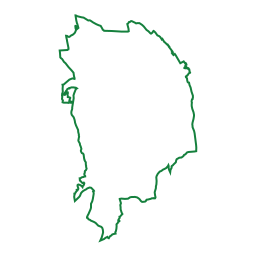 Oniceni, Neamt, Romania (Albers equal-area conic projection)
{"feature_id": "2599482B19733002831114", "entity_name": "Oniceni", "entity_type": "district", "adm_level": 2, "iso_a3": "ROU", "parent_name": "Romania", "parent_adm1": "Neamt", "projection": "albers", "projection_center": [27.161, 46.781], "detail": "fine", "context": "isolated", "style": "outline", "palette": "green", "viewbox_px": 256, "rotation_deg": 0, "n_neighbors": 0, "source": "geoboundaries", "source_scale": "gbopen_adm2", "svg_char_len": 5625}
<svg xmlns="http://www.w3.org/2000/svg" viewBox="0 0 256 256"><path d="M187.1,152.4L188.5,152.0L194.5,151.5L196.2,151.2L196.3,147.6L196.1,145.0L194.6,133.3L194.1,131.0L192.6,127.3L192.5,125.7L192.3,124.3L192.6,122.4L193.5,119.0L194.0,115.9L194.0,114.8L193.5,112.2L192.3,108.9L191.7,106.0L191.7,104.0L191.9,102.6L191.7,102.2L191.6,101.1L192.0,99.4L192.6,99.1L192.7,98.1L192.9,97.8L192.9,95.7L191.5,91.6L190.6,87.5L189.5,85.0L189.1,82.9L189.0,82.6L188.0,82.4L187.6,81.9L187.2,80.3L187.0,78.3L186.0,77.3L185.8,76.7L185.9,76.4L186.8,76.1L187.0,75.5L187.5,75.2L188.1,74.6L188.6,73.5L189.5,72.9L189.9,72.9L190.1,72.7L190.1,72.4L189.7,71.9L189.5,71.4L189.5,70.6L189.4,70.2L189.3,69.6L188.9,69.5L188.7,69.0L188.7,68.5L188.5,68.3L187.9,68.0L187.3,68.5L186.6,67.7L186.3,67.7L186.0,67.7L185.6,68.3L184.4,68.1L184.4,67.6L184.6,67.4L184.8,67.6L185.6,66.7L185.2,66.7L185.7,65.7L185.5,65.4L185.8,65.2L185.9,64.8L186.4,64.3L185.8,63.2L185.6,63.0L185.0,63.2L183.7,61.4L180.3,63.2L175.6,55.1L174.8,54.0L173.5,55.0L172.7,53.7L172.5,53.9L172.0,53.2L172.8,52.7L172.0,51.7L172.4,51.4L168.9,46.8L169.2,46.6L167.7,44.6L167.4,44.8L164.6,42.1L164.3,42.0L162.4,38.9L161.8,39.5L160.9,38.0L160.0,36.8L158.9,36.0L157.4,35.4L155.3,32.4L153.6,30.9L153.4,31.0L152.2,32.8L151.8,33.1L151.1,33.6L150.6,33.5L148.5,31.3L146.5,29.9L143.8,26.5L142.1,24.9L139.4,23.1L137.3,23.1L136.1,23.4L135.0,22.7L131.7,21.1L130.8,21.2L130.0,21.9L128.9,22.1L128.2,23.4L127.3,24.0L128.5,28.7L128.8,32.0L128.6,31.7L128.1,31.6L121.6,31.6L111.7,31.0L104.1,30.8L103.6,30.2L102.7,29.7L102.5,29.0L100.7,25.9L98.6,25.2L96.3,24.2L92.7,22.2L91.5,21.3L90.0,20.4L89.3,20.3L88.4,20.5L88.1,20.4L83.6,17.6L81.6,17.3L77.2,16.2L75.8,15.4L75.5,15.4L76.3,20.5L77.0,23.4L77.3,23.9L77.4,24.3L78.4,27.9L77.1,29.0L76.1,27.8L76.1,26.8L75.8,26.0L75.6,25.9L75.4,25.9L75.3,26.1L75.6,28.5L76.1,29.9L75.0,32.5L74.4,33.3L72.8,34.7L72.1,35.1L71.5,35.2L69.5,36.8L69.0,36.9L68.1,36.7L67.0,35.9L66.1,35.8L66.4,37.7L67.0,40.2L67.0,40.7L68.5,48.1L68.5,48.7L68.4,49.4L67.7,49.6L67.3,50.0L59.7,50.5L60.0,53.0L60.3,57.4L60.8,58.0L62.1,59.0L63.0,60.3L63.9,61.8L65.5,63.2L68.6,67.2L71.4,70.2L73.5,72.7L74.0,76.2L74.6,78.3L74.5,78.9L72.4,78.4L69.4,79.6L63.7,84.5L62.5,84.7L62.8,86.0L62.6,88.8L62.8,91.7L62.4,93.2L62.2,93.5L62.1,94.4L62.0,95.8L62.3,96.6L62.0,99.0L62.9,100.4L62.7,100.8L62.7,101.7L62.6,102.3L63.9,102.7L67.5,102.7L68.2,102.9L68.5,102.6L72.2,102.8L72.4,101.9L71.2,101.8L70.7,101.4L69.3,101.3L69.3,100.8L69.6,100.3L69.5,100.0L70.2,98.2L70.2,97.7L69.6,97.4L67.8,97.1L67.8,96.2L67.5,94.4L67.9,93.1L67.8,92.3L67.5,92.2L66.1,92.7L65.7,93.8L64.9,94.9L64.1,94.9L64.0,94.4L65.0,92.5L65.4,92.3L66.0,91.0L67.0,89.9L67.4,89.0L68.3,88.6L69.3,88.5L69.3,88.0L70.4,87.8L71.3,87.4L74.0,87.4L74.4,87.7L75.8,87.7L76.9,88.4L76.1,88.9L75.6,89.7L74.2,93.2L73.5,95.4L73.7,98.2L72.2,107.5L72.2,108.8L71.9,110.0L71.6,110.6L71.5,111.3L71.3,112.0L71.4,113.7L71.8,114.9L73.7,117.3L74.5,119.6L74.9,121.4L75.0,122.5L76.0,125.4L78.1,130.0L78.2,131.9L78.9,134.7L78.8,135.4L79.1,136.8L78.7,138.3L78.7,139.0L78.4,139.9L78.4,140.7L78.7,141.5L79.8,143.4L80.0,144.9L80.7,146.5L81.4,148.9L81.2,149.6L80.9,150.3L80.9,151.0L81.1,151.7L81.9,153.1L83.1,153.6L83.6,154.5L84.2,159.0L84.5,159.4L84.5,160.1L85.0,161.1L85.8,162.3L85.8,163.8L85.9,165.1L86.1,165.6L86.1,166.8L86.6,168.7L85.9,170.2L85.0,170.9L84.8,171.5L84.8,172.9L84.4,173.5L84.3,174.3L84.5,175.0L85.2,176.0L85.2,176.4L84.7,176.4L83.5,177.0L82.1,177.2L81.2,177.7L80.4,178.3L79.7,178.3L79.9,180.6L80.2,180.7L81.3,181.8L81.6,182.3L82.5,183.0L82.9,183.1L83.8,182.6L84.3,183.2L84.0,184.5L83.4,185.6L82.8,186.0L82.5,187.1L81.4,185.7L80.6,185.5L80.4,185.2L79.8,184.9L78.3,184.5L77.6,185.0L77.5,185.9L78.3,188.3L78.3,188.9L78.1,189.2L78.0,189.6L76.8,189.8L77.1,190.7L76.3,191.3L76.0,192.0L75.5,192.4L75.3,193.1L74.5,193.9L75.1,194.9L74.4,194.4L74.4,195.6L74.2,196.3L74.2,197.1L74.9,201.0L79.1,197.0L80.0,195.8L81.0,193.2L81.8,192.2L83.0,191.1L84.4,190.2L86.2,189.3L87.3,188.4L88.6,187.9L89.7,187.5L91.2,187.8L93.8,190.5L94.0,190.9L93.1,191.5L93.6,192.5L93.7,193.7L92.8,199.1L92.2,201.4L91.0,203.8L91.0,207.6L90.6,209.1L89.8,211.0L89.0,212.8L88.6,213.8L87.7,215.4L87.3,216.5L87.0,217.0L87.0,217.8L87.9,218.2L88.5,219.3L90.2,220.0L90.6,220.5L93.9,221.9L95.6,222.9L98.3,225.7L101.2,226.8L102.2,227.8L102.8,229.5L103.1,232.2L102.8,233.7L101.7,237.5L100.3,240.6L104.1,239.0L105.4,237.9L107.2,237.0L107.3,237.4L108.8,238.2L109.3,237.4L109.6,236.7L110.4,236.0L111.2,235.6L112.2,234.5L113.3,234.1L115.6,233.6L115.3,232.2L115.9,231.1L116.4,228.7L116.6,226.3L116.5,224.4L116.7,224.0L117.4,223.4L117.8,222.9L118.0,222.1L119.4,221.2L119.4,220.8L118.3,220.2L118.5,219.6L119.6,218.0L119.5,216.9L119.9,216.9L120.6,215.9L122.4,214.0L121.7,212.8L120.9,210.3L120.6,209.3L120.6,207.2L120.3,205.0L120.9,203.4L120.9,203.1L119.7,199.1L119.7,198.9L121.5,198.6L124.8,198.9L128.0,198.7L130.1,197.3L131.7,197.0L133.7,197.0L134.8,196.9L137.1,197.4L137.9,197.9L139.4,199.0L140.9,201.0L141.9,201.8L142.6,201.9L145.0,201.6L145.7,201.2L146.5,199.8L146.9,199.6L147.7,199.6L150.8,198.8L152.1,198.2L153.2,198.4L153.8,198.1L154.5,198.4L155.1,198.3L155.5,197.4L155.5,197.1L155.2,196.0L154.7,192.5L154.8,191.8L155.8,188.5L155.9,187.9L155.9,186.5L156.4,184.3L156.6,181.0L156.3,177.3L156.6,176.1L157.8,173.8L159.7,171.6L161.4,170.9L162.9,169.7L164.8,168.8L166.1,168.1L168.0,166.0L168.4,165.2L168.6,165.8L168.7,166.9L168.6,167.9L168.9,169.1L169.2,170.1L170.2,172.3L170.5,169.9L171.6,167.8L171.6,166.3L171.8,166.0L172.9,165.3L173.5,164.5L175.8,162.3L176.1,160.8L176.3,160.2L176.4,159.8L176.7,159.2L179.3,157.7L181.5,157.5L183.4,156.1L184.1,154.9L184.9,154.6L185.7,154.0L187.1,152.4Z" fill="none" stroke="#15803d" stroke-width="2"/></svg>